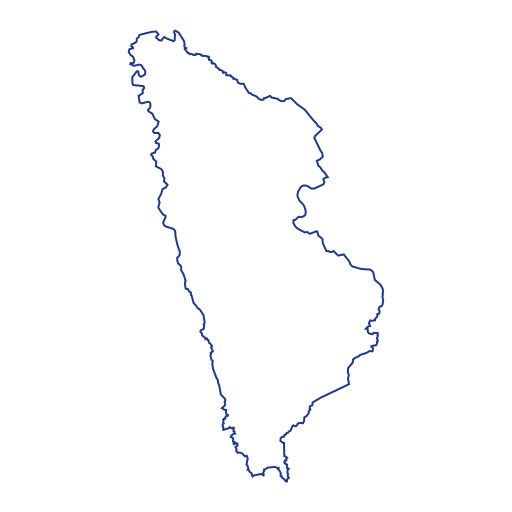 San Sai, Chiang Mai, Thailand (Mercator projection)
{"feature_id": "78962969B96065605471256", "entity_name": "San Sai", "entity_type": "district", "adm_level": 2, "iso_a3": "THA", "parent_name": "Thailand", "parent_adm1": "Chiang Mai", "projection": "mercator", "projection_center": [99.037, 18.947], "detail": "fine", "context": "isolated", "style": "outline", "palette": "blue", "viewbox_px": 512, "rotation_deg": 0, "n_neighbors": 0, "source": "geoboundaries", "source_scale": "gbopen_adm2", "svg_char_len": 6004}
<svg xmlns="http://www.w3.org/2000/svg" viewBox="0 0 512 512"><path d="M317.1,124.2L311.4,118.0L305.1,110.0L297.1,104.2L291.1,98.2L286.0,99.0L284.3,101.0L281.5,101.2L278.6,99.8L278.0,98.9L271.6,97.5L270.1,95.9L265.2,98.1L263.9,98.1L263.5,99.6L261.4,100.0L259.0,98.9L256.2,96.3L251.8,94.5L250.6,93.2L249.0,93.1L245.5,87.9L243.7,83.7L241.1,83.9L238.3,83.0L237.0,79.8L233.7,78.8L234.0,78.5L233.3,77.7L230.8,76.3L230.6,75.4L226.3,75.2L226.1,72.9L225.1,72.3L223.1,72.8L222.9,71.4L222.0,70.5L219.4,69.9L219.3,69.0L215.8,66.7L216.0,65.5L214.7,63.8L213.2,63.1L212.3,63.6L211.5,62.8L211.7,61.0L210.8,60.1L209.1,59.9L208.9,57.9L208.4,57.7L208.8,56.7L204.6,55.8L202.6,56.0L201.3,55.3L201.3,54.6L198.5,54.0L196.1,53.8L195.9,54.8L193.3,55.0L192.8,54.4L190.1,53.8L189.7,54.1L188.6,52.9L187.9,53.0L184.8,49.0L186.1,48.1L184.8,47.5L184.2,45.9L184.7,44.5L184.0,41.0L178.8,32.8L175.5,30.7L174.6,30.8L174.0,32.1L175.0,34.5L174.7,40.1L173.6,41.2L165.8,38.1L164.5,37.0L163.5,37.6L161.4,40.6L159.1,40.2L156.2,37.7L156.2,36.9L158.5,34.3L156.1,31.5L151.5,31.9L140.1,34.7L139.3,35.2L138.9,36.8L136.8,38.7L136.7,41.0L135.8,42.5L131.5,44.5L131.4,46.3L132.9,47.4L133.1,48.2L129.6,49.1L128.9,50.7L128.8,52.2L130.6,55.0L133.0,56.7L134.4,60.3L133.9,62.5L132.9,63.1L130.6,63.1L130.3,64.1L134.0,65.8L139.3,64.6L140.8,65.0L142.1,66.1L142.9,68.2L144.4,69.6L145.3,71.4L145.1,74.3L141.5,76.7L140.3,76.5L138.8,74.8L138.2,71.4L136.8,71.3L132.2,77.3L132.5,83.6L133.1,85.0L142.3,86.0L143.5,86.3L144.1,87.3L143.9,88.6L142.6,89.8L142.8,93.2L138.7,95.8L139.6,102.4L141.8,103.4L147.7,101.8L149.4,102.1L150.3,103.6L150.4,106.4L150.0,107.7L148.2,109.6L148.0,110.5L149.2,111.8L152.2,113.5L154.9,119.1L158.6,121.6L157.5,125.9L153.7,129.4L153.0,131.5L154.3,133.0L158.3,133.0L159.8,134.8L159.3,137.8L155.4,141.6L156.1,143.0L158.8,143.7L159.1,145.1L158.7,147.4L158.0,148.6L155.8,149.9L155.0,152.6L151.8,153.5L151.1,154.8L152.6,156.3L153.3,158.9L156.3,161.6L155.9,166.3L161.1,169.0L162.0,169.9L163.1,172.7L162.8,175.2L164.4,178.3L164.0,181.4L167.5,184.7L165.8,187.5L162.5,189.1L161.2,193.9L158.4,198.9L159.6,202.6L158.4,206.6L158.5,208.0L162.9,214.4L165.5,215.8L165.6,217.0L163.1,222.6L163.8,224.7L165.3,226.3L173.1,228.8L174.5,229.9L175.2,231.6L175.6,237.0L177.7,245.9L179.9,251.7L179.5,255.5L177.2,257.7L177.2,259.8L178.1,263.5L180.1,265.0L181.2,267.0L181.2,270.4L183.5,274.2L185.6,280.7L185.0,281.8L185.4,282.3L184.9,283.9L185.6,288.6L188.1,289.3L189.2,291.6L190.9,292.5L191.0,295.0L191.6,295.6L193.6,303.0L195.9,305.4L197.3,307.6L200.0,309.8L203.5,315.1L204.7,323.0L203.6,324.5L204.1,325.7L203.7,329.0L201.0,330.2L200.3,331.6L202.0,333.6L202.2,335.5L205.5,338.1L205.5,339.0L206.8,338.5L207.5,340.0L208.4,340.1L209.0,342.8L210.0,343.3L212.1,346.1L211.1,347.3L212.9,351.3L210.7,352.7L211.1,354.0L210.4,355.2L211.3,359.4L212.8,361.1L212.3,363.4L213.0,368.8L216.3,377.5L218.0,380.6L217.9,382.2L219.3,385.8L220.8,394.5L225.2,399.1L225.2,401.1L224.6,401.9L225.2,403.9L224.7,405.7L221.9,408.1L224.6,409.8L226.1,410.0L225.9,412.7L226.8,414.7L228.0,415.1L227.5,416.0L225.8,416.4L225.1,417.8L225.2,418.8L223.6,419.0L223.1,419.7L223.6,421.3L223.1,422.5L223.7,423.5L222.7,424.4L222.6,426.0L223.2,426.8L223.3,429.9L229.3,428.0L229.7,427.1L232.0,428.4L233.1,427.6L233.9,427.9L233.4,430.9L234.5,431.6L234.3,432.9L234.9,433.6L233.7,433.7L231.2,435.7L230.8,437.1L232.5,437.5L233.2,439.1L233.0,441.4L234.7,442.1L233.6,443.0L233.8,444.1L234.7,444.1L235.5,443.4L237.5,443.6L237.5,445.7L235.5,447.1L236.6,449.3L236.2,450.7L236.7,451.8L237.7,452.8L239.0,452.4L241.8,453.2L245.1,456.4L246.7,455.8L247.7,458.3L246.5,464.6L247.7,466.1L248.4,468.8L247.6,469.8L248.9,470.4L249.6,471.8L251.8,473.5L251.8,475.0L252.6,476.4L253.6,475.5L260.8,474.0L263.5,475.4L263.8,474.5L263.1,472.8L264.0,471.3L264.1,469.5L265.3,469.3L267.3,467.7L275.0,466.9L276.9,467.9L278.5,467.9L278.2,469.4L278.8,469.5L280.7,472.9L280.7,476.2L281.8,476.4L282.1,477.7L284.5,479.4L285.6,481.3L287.0,481.3L287.0,479.9L287.8,478.3L288.8,477.9L287.6,475.6L288.1,474.0L287.4,472.7L287.7,469.6L288.7,468.8L286.8,467.8L287.1,464.6L285.4,463.9L285.2,463.0L284.5,462.9L284.4,461.6L284.8,460.9L286.2,460.3L285.6,459.5L287.2,457.9L285.4,456.3L284.3,456.1L284.0,442.8L282.6,442.7L280.4,440.8L280.7,438.1L282.0,436.9L284.0,436.7L283.9,435.9L284.9,434.6L285.6,434.7L286.7,432.9L288.0,432.8L288.6,431.8L290.6,430.5L292.7,425.7L293.8,425.4L294.7,426.2L296.0,426.1L297.0,425.4L297.5,424.0L299.2,422.9L303.1,423.2L304.1,420.8L304.3,417.4L306.6,416.0L308.7,413.3L308.8,411.1L310.4,409.5L309.5,408.1L310.1,406.0L312.4,405.3L312.6,402.5L320.8,397.6L349.0,384.2L348.0,378.6L348.9,375.1L347.8,372.2L348.1,368.1L352.9,362.3L352.9,359.7L354.8,358.0L358.2,356.6L360.2,354.9L366.0,353.1L369.6,351.1L372.5,351.3L373.0,349.0L372.4,347.1L371.3,346.7L371.4,346.1L376.2,345.1L376.9,343.7L377.0,341.7L377.7,341.4L377.8,340.3L376.9,338.7L378.0,335.6L377.5,335.1L377.8,333.1L373.8,332.8L372.4,334.3L369.1,333.5L367.8,331.8L367.6,328.9L365.9,328.7L367.8,326.8L370.1,325.9L368.9,323.2L370.2,320.4L371.4,320.8L375.0,320.3L375.1,318.9L377.3,316.5L377.3,314.2L379.2,313.7L379.6,311.3L378.6,309.1L379.6,306.7L381.5,306.2L382.5,304.7L383.2,300.6L382.4,296.4L382.9,295.0L382.5,293.9L383.2,291.8L382.6,288.5L380.4,284.7L374.8,279.8L373.2,272.2L370.5,269.6L361.3,269.0L352.8,266.6L350.9,265.2L349.2,261.3L343.7,254.4L338.2,255.6L333.6,251.1L330.6,252.2L328.4,251.1L326.4,251.0L322.9,243.5L322.4,238.8L318.4,235.6L317.2,231.4L316.2,231.3L310.4,233.7L309.3,233.6L307.4,232.0L304.7,232.4L298.1,228.9L295.5,226.7L293.5,223.3L293.4,220.2L295.4,219.8L298.5,216.8L301.8,217.0L303.5,216.3L305.0,215.2L305.7,213.7L305.6,210.6L304.4,206.7L303.3,204.6L299.5,200.7L297.8,197.1L297.4,195.1L298.1,191.6L301.0,186.7L303.5,185.5L305.8,185.5L308.4,186.5L311.2,188.5L314.1,188.6L323.3,184.4L324.4,182.3L323.3,179.1L325.1,177.8L327.7,177.1L324.0,171.8L322.4,170.8L320.5,167.6L318.3,165.5L316.8,160.8L319.8,159.5L322.8,156.7L322.1,152.6L320.9,151.4L314.3,137.8L315.2,135.9L321.9,129.5L321.1,128.0L317.6,125.7L317.1,124.2Z" fill="none" stroke="#1e3a8a" stroke-width="2"/></svg>